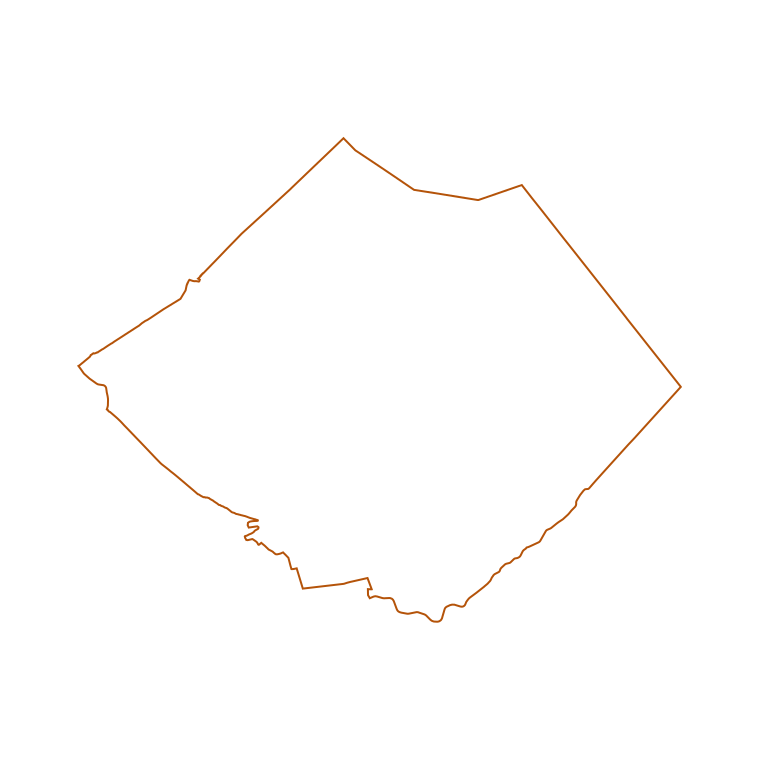 the district of Gemert-Bakel, Noord-Brabant, Netherlands, rotated 330°
{"feature_id": "6326949B55320992871196", "entity_name": "Gemert-Bakel", "entity_type": "district", "adm_level": 2, "iso_a3": "NLD", "parent_name": "Netherlands", "parent_adm1": "Noord-Brabant", "projection": "albers", "projection_center": [5.722, 51.541], "detail": "fine", "context": "isolated", "style": "outline", "palette": "amber", "viewbox_px": 768, "rotation_deg": 330, "n_neighbors": 0, "source": "geoboundaries", "source_scale": "gbopen_adm2", "svg_char_len": 6094}
<svg xmlns="http://www.w3.org/2000/svg" viewBox="0 0 768 768"><g transform="rotate(330 384 384)"><path d="M128.4,215.6L128.9,219.9L129.2,223.7L129.3,224.5L129.5,225.5L131.5,231.5L131.7,232.1L135.1,239.6L135.5,240.3L135.9,241.0L136.3,241.4L136.7,241.8L140.1,244.5L140.6,244.9L140.9,245.4L141.2,246.0L141.4,246.5L141.5,247.1L141.5,247.8L141.4,248.5L141.2,249.0L140.2,251.5L139.8,252.4L138.6,256.2L138.1,257.5L137.6,258.7L136.8,260.2L134.1,264.6L133.3,265.5L132.2,266.6L131.2,267.4L131.3,267.7L131.7,268.1L131.8,268.3L131.8,268.6L131.8,268.8L131.7,269.0L132.2,270.7L132.7,271.2L135.0,277.7L135.9,280.4L137.1,284.5L137.6,286.6L138.4,290.2L139.2,293.3L142.5,306.7L144.2,313.5L145.8,320.1L149.2,334.2L150.9,340.9L151.4,342.4L154.7,350.6L155.5,352.9L156.7,355.8L157.7,358.4L162.1,370.5L163.0,373.1L165.6,380.3L167.7,386.4L168.1,386.7L168.5,387.3L169.5,389.3L170.7,391.2L171.1,391.8L171.4,392.0L172.1,392.3L172.3,392.5L172.5,393.0L173.4,393.5L173.9,393.8L174.4,394.2L174.5,394.3L175.0,395.0L175.4,395.3L175.5,395.5L175.7,396.2L175.9,396.6L176.2,397.2L176.7,397.9L177.0,398.5L177.5,399.2L178.2,401.0L178.9,402.3L179.1,402.8L179.6,403.7L179.9,404.4L180.2,405.2L180.4,405.6L180.4,405.9L180.6,406.1L180.9,406.5L181.7,407.1L181.8,407.5L182.0,408.0L182.4,408.5L183.4,409.6L183.6,409.9L184.2,411.1L184.4,411.4L185.0,412.1L185.5,412.6L185.7,412.8L185.8,413.1L186.2,413.9L186.6,414.9L187.1,416.2L187.7,417.8L188.0,418.7L188.5,419.4L189.0,419.9L189.6,420.5L189.9,420.8L190.6,422.0L190.9,422.5L191.8,423.3L192.4,423.8L192.8,424.3L193.8,425.2L194.1,425.5L194.5,426.0L195.3,426.7L196.4,427.8L197.5,428.8L198.9,430.4L199.9,431.7L201.0,433.0L204.0,436.1L204.7,436.7L204.8,436.8L205.0,437.2L205.1,437.3L205.4,437.6L205.8,437.9L205.9,438.0L206.2,438.4L206.4,438.7L206.6,439.0L206.3,439.3L205.6,439.1L203.0,437.7L201.2,436.9L199.3,436.2L198.7,436.1L197.9,436.1L196.8,436.2L196.6,436.5L195.6,437.8L195.3,438.3L195.2,439.9L195.1,440.7L203.1,443.9L203.6,444.9L203.7,445.3L203.1,446.1L202.3,446.5L199.6,446.4L198.6,446.5L198.0,446.7L197.6,446.9L197.0,447.1L194.6,447.2L191.7,446.8L191.0,446.8L190.7,446.8L189.0,446.7L188.5,446.5L187.8,446.3L187.4,446.3L187.1,446.6L187.1,446.8L186.9,447.7L186.8,447.8L186.8,450.1L187.0,450.1L187.4,450.7L187.9,451.1L192.3,452.4L192.6,452.6L193.5,454.4L194.7,457.0L194.9,458.8L194.8,459.8L194.9,460.4L195.1,460.6L195.5,460.7L198.3,460.2L198.9,461.9L199.8,464.3L200.2,465.6L200.6,467.1L200.9,467.9L201.1,468.9L201.3,469.6L201.5,470.0L201.8,470.3L202.5,471.5L203.1,472.4L203.8,473.6L204.3,475.4L204.6,475.9L204.9,477.0L205.3,477.4L205.8,477.7L206.1,478.0L206.4,478.1L207.2,478.4L207.8,478.6L209.7,479.1L211.9,479.3L212.4,479.4L212.5,479.9L213.5,483.5L213.7,484.4L214.3,486.7L213.3,490.4L212.1,494.7L211.3,498.0L211.7,498.3L213.4,499.1L216.2,500.0L211.4,520.6L248.9,536.8L249.8,537.1L252.7,537.7L256.0,538.6L258.2,539.3L272.7,543.8L270.8,555.1L270.7,555.6L270.2,555.4L267.5,553.6L265.5,557.2L264.6,558.9L264.6,562.4L268.7,562.9L270.3,563.4L271.7,564.5L275.5,568.5L276.2,569.1L277.1,569.7L281.4,571.9L282.2,572.4L283.3,573.7L283.5,574.0L283.9,575.3L283.9,577.0L282.5,585.1L282.4,586.8L282.7,588.1L283.4,589.3L284.7,590.7L289.3,594.6L289.8,594.9L290.2,595.1L290.9,595.4L298.0,597.8L298.7,598.2L299.4,598.7L299.8,599.2L303.7,603.6L304.0,604.0L304.3,604.5L304.6,605.1L304.8,605.6L306.2,611.0L306.6,612.0L306.9,612.8L307.2,613.2L308.1,614.3L308.5,614.7L309.1,615.1L311.1,616.4L311.9,616.8L312.4,616.9L313.1,617.1L313.8,617.1L314.9,617.0L315.3,616.9L316.3,616.4L317.2,615.8L318.4,614.6L320.4,612.7L323.3,609.9L324.2,609.1L324.5,608.9L325.2,608.5L325.6,608.4L326.2,608.3L326.8,608.2L328.9,608.4L330.4,608.5L332.6,609.1L332.8,609.2L334.3,610.1L334.6,610.3L338.9,614.9L339.9,615.7L340.8,616.1L341.2,616.2L342.3,616.2L342.6,616.2L342.9,616.1L343.5,615.9L343.9,615.7L344.3,615.4L346.0,614.1L346.2,613.9L348.4,612.9L350.2,612.2L351.8,611.9L359.7,611.0L368.6,609.7L368.9,609.7L369.6,609.5L372.5,609.0L374.0,608.7L375.5,608.2L377.2,607.7L377.9,607.4L379.0,606.7L380.0,606.0L380.7,605.5L382.2,604.9L382.8,604.5L383.7,604.2L384.2,604.1L384.8,604.0L388.7,604.2L389.3,604.2L389.6,604.2L390.0,604.1L390.5,603.9L390.8,603.7L392.5,602.3L393.0,602.1L393.9,601.8L398.3,600.8L398.9,600.7L400.0,600.8L403.1,601.7L403.3,601.7L403.9,601.8L404.5,601.7L408.9,600.6L409.6,600.5L410.4,600.6L411.1,600.9L412.5,601.4L413.4,601.5L414.0,601.5L414.6,601.5L415.2,601.4L415.8,601.2L416.4,600.9L416.9,600.6L420.2,598.4L420.7,598.1L421.3,597.9L421.9,597.7L424.7,597.4L425.7,596.9L427.2,597.3L428.5,597.5L438.5,598.4L439.5,598.4L440.3,598.2L441.0,597.9L450.4,592.4L450.8,592.2L451.3,592.0L451.7,591.9L452.5,591.9L455.7,592.3L456.7,592.3L463.6,591.2L466.1,590.9L471.1,590.6L471.7,590.5L478.0,589.1L479.6,588.6L483.3,587.2L484.1,587.0L488.1,585.9L489.4,585.2L490.4,584.1L491.2,582.6L491.8,581.9L492.6,581.3L498.3,578.2L503.5,576.1L505.5,575.7L507.0,576.3L507.7,576.7L508.5,577.0L509.4,576.9L509.7,576.8L514.3,575.2L519.9,573.3L543.4,565.7L565.4,558.6L571.8,556.7L574.1,556.0L639.6,534.9L639.6,534.7L627.0,448.4L627.0,448.0L626.5,444.6L623.7,424.9L613.6,355.5L612.5,348.2L607.2,311.1L605.0,296.4L603.7,287.1L602.8,280.6L557.9,271.9L557.0,271.4L523.1,243.8L507.1,230.9L494.0,203.8L489.9,195.4L476.0,167.3L471.8,150.9L456.4,154.7L431.3,160.8L401.5,168.1L400.5,168.4L382.9,172.3L371.6,174.8L365.3,176.2L354.3,178.6L338.3,182.1L335.6,182.7L329.0,184.6L315.8,188.3L301.0,192.6L294.6,194.4L283.0,197.7L282.9,197.6L281.6,198.0L281.6,197.8L279.6,198.4L279.7,198.6L279.0,198.8L279.0,199.0L275.7,199.8L276.7,201.5L275.6,202.5L275.2,202.7L274.8,202.7L274.0,202.0L272.6,200.9L271.2,200.2L270.1,199.3L267.6,196.5L267.0,196.7L265.7,197.5L263.0,199.5L263.0,199.4L262.4,199.9L259.0,203.7L250.3,208.5L230.5,209.0L215.5,210.0L211.4,210.2L210.8,210.2L208.6,210.0L208.0,210.1L204.7,210.3L201.0,211.0L200.4,211.0L197.6,211.1L171.8,212.4L168.8,212.7L168.1,212.6L163.7,212.8L158.1,213.2L157.3,213.1L154.0,213.3L152.6,213.3L151.8,213.5L151.3,213.2L151.0,213.1L149.8,213.1L148.0,212.6L147.7,212.1L146.7,212.1L145.4,212.4L144.9,212.4L144.5,212.3L143.6,212.9L143.3,213.2L141.4,213.6L129.5,215.6L128.4,215.6Z" fill="none" stroke="#b45309" stroke-width="2"/></g></svg>